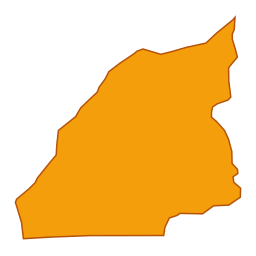 the district of Goudoumaria, Diffa, Niger
{"feature_id": "23599985B75635581877036", "entity_name": "Goudoumaria", "entity_type": "district", "adm_level": 2, "iso_a3": "NER", "parent_name": "Niger", "parent_adm1": "Diffa", "projection": "natural_earth1", "projection_center": [11.333, 13.844], "detail": "fine", "context": "isolated", "style": "filled", "palette": "amber", "viewbox_px": 256, "rotation_deg": 0, "n_neighbors": 0, "source": "geoboundaries", "source_scale": "gbopen_adm2", "svg_char_len": 890}
<svg xmlns="http://www.w3.org/2000/svg" viewBox="0 0 256 256"><path d="M23.4,238.7L50.2,237.1L89.9,235.6L163.7,235.5L164.9,227.3L169.3,218.0L177.1,215.4L180.0,213.4L202.6,213.8L213.5,205.8L228.8,205.1L240.3,197.2L240.6,188.2L233.7,182.2L233.1,176.7L237.8,173.5L237.5,169.4L232.1,163.5L231.8,151.4L228.5,139.2L224.6,130.6L216.3,121.3L211.5,117.3L211.5,112.1L212.6,107.0L217.3,103.8L228.0,100.0L230.8,97.1L228.8,81.1L228.6,68.0L229.6,66.4L237.4,57.1L235.2,48.6L232.3,39.2L232.3,34.0L234.2,29.8L235.0,17.3L233.8,18.7L233.0,19.7L216.5,33.2L205.9,43.1L186.2,47.4L171.7,51.6L160.8,54.3L143.0,49.0L136.9,51.2L134.2,53.6L119.8,63.3L108.9,71.6L105.1,79.0L99.2,87.1L97.2,92.2L89.4,99.5L80.6,108.0L75.7,116.6L58.4,130.4L56.8,144.9L56.2,155.0L48.9,163.7L37.3,178.1L35.2,182.7L29.0,188.8L16.6,199.2L15.4,202.3L17.7,209.7L21.5,222.4L23.4,238.7Z" fill="#f59e0b" stroke="#b45309" stroke-width="1.5"/></svg>